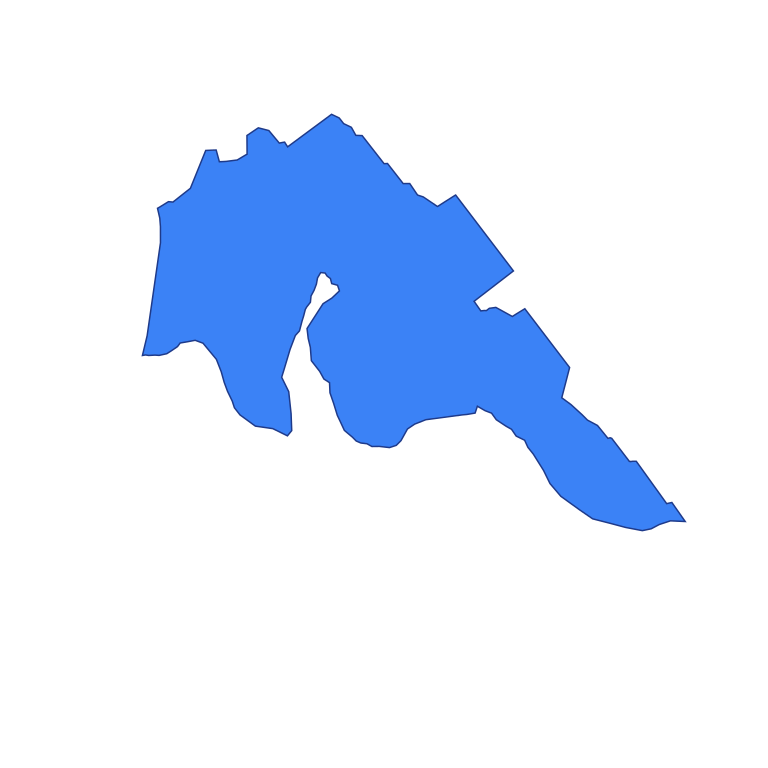 the district of Saparmyrat Turkmenbasy, Tashauz, Turkmenistan, rotated 232°
{"feature_id": "10190150B43921321162948", "entity_name": "Saparmyrat Turkmenbasy", "entity_type": "district", "adm_level": 2, "iso_a3": "TKM", "parent_name": "Turkmenistan", "parent_adm1": "Tashauz", "projection": "natural_earth1", "projection_center": [58.279, 42.355], "detail": "fine", "context": "isolated", "style": "filled", "palette": "blue", "viewbox_px": 768, "rotation_deg": 232, "n_neighbors": 0, "source": "geoboundaries", "source_scale": "gbopen_adm2", "svg_char_len": 2521}
<svg xmlns="http://www.w3.org/2000/svg" viewBox="0 0 768 768"><g transform="rotate(232 384 384)"><path d="M357.7,531.7L358.2,526.7L366.4,523.2L375.5,519.3L376.7,517.2L378.8,513.6L378.8,513.3L378.8,509.9L379.6,508.9L380.1,508.4L382.0,505.3L393.7,505.9L393.7,512.6L393.4,555.6L488.8,556.8L488.9,556.3L489.9,546.3L490.9,535.7L491.0,535.4L507.3,530.1L511.0,527.6L512.1,526.9L512.3,526.8L514.3,526.9L526.1,527.7L527.9,525.4L530.1,522.5L555.0,522.5L555.6,522.5L557.2,520.2L557.6,519.7L591.9,519.7L593.2,519.7L596.6,515.7L597.3,514.9L604.9,516.1L606.4,516.3L613.6,512.7L614.1,512.5L615.7,512.5L621.2,512.5L628.8,508.7L630.2,454.7L630.2,454.1L632.9,454.3L635.8,454.6L636.9,452.6L638.3,449.8L654.6,449.3L657.5,447.1L663.2,442.7L663.3,442.0L664.2,429.0L649.4,417.6L649.8,414.9L650.9,406.2L653.2,402.4L656.5,396.8L657.8,394.9L660.5,391.1L671.7,395.8L673.9,392.8L677.8,387.3L669.1,372.2L664.6,364.4L657.4,351.9L657.4,348.1L657.3,329.7L659.2,327.7L660.4,326.4L661.6,315.6L661.7,315.1L661.9,313.7L652.7,309.4L645.6,304.7L632.9,294.8L567.9,227.1L555.2,211.2L553.7,214.0L551.4,216.1L549.8,218.4L547.7,221.4L545.0,224.4L541.6,231.5L541.1,236.7L540.6,244.3L541.8,248.6L538.1,255.5L534.7,262.1L527.6,266.5L506.6,267.1L493.9,263.3L483.7,259.1L474.6,256.2L464.0,253.9L457.4,251.5L448.2,251.5L441.6,253.4L430.0,256.7L417.3,268.9L402.6,276.0L404.1,282.6L417.8,292.5L436.6,304.2L452.3,307.5L456.9,314.1L469.1,331.3L476.8,344.0L477.9,350.1L484.0,358.1L487.2,362.7L491.2,367.9L492.3,370.6L493.7,376.3L498.3,380.7L500.9,386.6L504.3,392.2L508.5,396.9L510.8,402.7L507.7,405.9L504.1,405.6L500.1,406.7L495.3,404.6L490.4,408.2L484.8,406.2L483.8,395.8L484.8,385.4L480.2,372.2L475.1,357.5L466.5,352.3L458.2,348.5L447.1,341.1L433.6,341.1L424.9,339.7L418.6,341.9L410.3,336.0L399.8,332.4L388.0,327.9L381.3,326.4L371.8,324.2L361.5,326.4L356.2,327.0L351.8,329.4L347.4,333.8L342.2,336.0L337.7,341.9L330.5,349.2L328.1,355.9L328.9,362.5L334.1,374.8L333.5,383.5L330.1,395.0L311.4,426.8L309.0,430.5L305.0,437.9L309.0,443.9L300.8,447.2L294.8,450.8L286.7,450.5L275.6,454.2L269.8,456.6L261.6,456.1L253.1,460.2L245.5,458.4L236.9,458.5L217.6,456.5L203.3,453.5L186.6,454.2L163.6,460.9L149.3,465.4L134.9,476.5L122.2,486.1L109.4,497.3L105.4,505.4L103.8,514.4L99.8,525.5L90.2,536.7L113.4,537.9L115.7,533.1L167.8,535.2L170.0,532.4L171.2,530.3L171.5,530.3L172.0,529.7L201.0,530.0L202.4,529.1L203.3,527.0L208.9,526.9L219.9,526.7L230.3,522.1L237.8,521.2L252.6,518.7L263.7,515.6L282.7,540.4L356.6,541.3L357.7,531.7Z" fill="#3b82f6" stroke="#1e3a8a" stroke-width="1.5"/></g></svg>